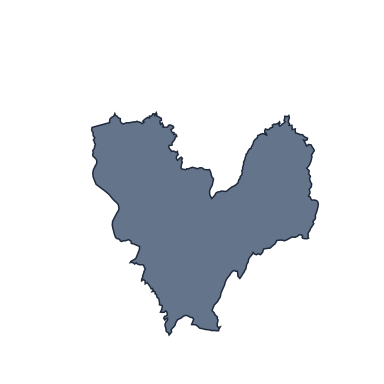 the district of Cruz Alta, Rio Grande do Sul, Brazil, rotated 222°
{"feature_id": "56859067B45704163828292", "entity_name": "Cruz Alta", "entity_type": "district", "adm_level": 2, "iso_a3": "BRA", "parent_name": "Brazil", "parent_adm1": "Rio Grande do Sul", "projection": "natural_earth1", "projection_center": [-53.567, -28.718], "detail": "fine", "context": "isolated", "style": "filled", "palette": "slate", "viewbox_px": 384, "rotation_deg": 222, "n_neighbors": 0, "source": "geoboundaries", "source_scale": "gbopen_adm2", "svg_char_len": 6011}
<svg xmlns="http://www.w3.org/2000/svg" viewBox="0 0 384 384"><g transform="rotate(222 192 192)"><path d="M74.5,235.8L75.9,236.4L76.8,237.8L78.2,238.8L78.7,242.4L79.4,244.0L80.3,249.9L82.4,251.0L82.4,254.4L83.7,256.3L84.7,257.1L85.5,259.1L86.1,260.7L88.3,265.0L90.0,267.5L91.5,268.6L93.5,269.0L95.5,268.1L97.5,266.2L99.3,266.5L100.8,267.4L102.6,266.8L103.7,270.3L105.1,271.5L106.6,272.3L106.8,275.7L108.5,278.1L111.0,278.9L113.5,280.5L114.5,282.9L117.3,283.5L119.2,286.3L121.1,286.3L122.6,286.4L122.8,290.5L124.2,294.5L125.9,297.5L126.6,298.7L127.9,299.2L128.1,301.0L128.6,302.9L128.8,304.6L130.5,305.4L132.0,305.6L135.0,306.7L137.2,305.3L137.4,302.9L141.6,304.5L143.8,305.3L142.1,306.1L141.3,308.1L142.2,309.3L145.6,308.2L148.3,308.6L149.9,307.1L151.8,306.5L154.5,305.2L156.5,306.7L157.4,308.0L159.4,305.4L160.5,306.8L162.4,308.4L164.5,306.4L165.4,308.1L167.0,308.2L168.5,310.3L169.1,312.1L171.2,313.6L171.4,311.9L172.6,311.3L173.8,310.3L172.6,309.1L171.4,306.6L169.8,306.5L169.8,304.4L170.3,303.1L170.4,301.3L170.8,299.7L172.4,300.0L172.6,301.8L173.9,302.7L174.1,300.2L175.3,298.2L176.5,297.3L177.0,295.4L175.4,294.1L176.7,291.8L176.7,289.7L178.1,288.6L179.6,288.0L178.9,286.0L177.6,284.9L176.1,285.2L174.6,284.2L176.6,283.6L178.5,282.8L179.6,281.1L180.1,279.4L180.9,278.0L179.8,276.1L180.2,273.2L180.1,271.2L179.5,269.7L178.7,268.4L178.3,266.4L177.9,264.8L177.1,263.7L178.1,262.7L177.5,259.4L176.9,258.0L177.0,256.1L176.1,255.0L175.5,253.3L174.4,251.4L173.7,248.8L172.4,247.4L171.6,245.9L170.7,244.1L169.6,242.7L169.2,241.2L167.5,239.9L166.4,237.8L166.5,235.7L165.4,234.4L165.5,232.8L164.7,231.0L163.9,229.6L164.2,226.8L164.8,224.4L165.7,222.7L166.0,220.9L166.5,218.6L166.7,216.1L167.8,214.5L169.8,213.2L170.9,212.2L171.8,210.5L173.0,209.1L173.5,206.9L172.9,205.0L172.8,202.7L173.0,200.4L174.7,201.0L176.4,201.5L177.9,202.7L179.3,204.2L180.0,205.3L181.0,208.3L181.5,210.6L183.5,213.9L184.1,215.3L185.0,216.3L187.0,216.4L188.9,217.5L190.8,218.8L192.3,219.7L194.1,220.3L195.5,218.7L196.6,217.9L198.3,216.8L200.1,216.8L201.3,216.3L202.6,214.9L203.7,212.6L205.3,212.3L206.4,211.5L208.0,210.9L209.3,208.8L210.2,206.6L211.5,205.8L211.6,204.3L213.2,203.4L215.0,202.2L216.3,202.6L218.3,205.4L219.0,207.5L221.1,208.7L221.5,210.5L223.3,210.7L223.9,208.9L223.8,207.4L224.0,205.8L225.3,206.0L226.7,207.1L227.6,208.9L227.2,210.5L228.7,211.3L230.0,212.4L230.4,210.8L231.8,210.6L233.1,210.1L234.5,208.4L235.9,209.1L237.4,209.1L239.0,209.5L240.2,211.2L239.2,212.3L238.2,213.5L239.6,215.0L239.8,217.2L240.0,219.6L241.2,221.5L240.4,223.0L241.6,223.9L242.9,224.0L244.0,222.6L245.2,224.1L246.3,223.0L248.0,223.5L249.4,224.2L248.9,225.9L248.7,227.5L249.7,228.3L251.7,227.8L253.0,227.3L254.1,225.9L253.6,224.1L254.5,222.7L257.2,220.8L257.7,222.3L259.2,222.6L260.4,223.3L260.7,221.2L261.9,222.0L263.3,223.1L262.7,224.9L264.2,226.2L266.0,225.7L267.6,225.4L269.2,224.9L270.4,226.4L271.7,227.0L270.9,224.1L272.3,224.9L273.4,223.9L272.9,222.3L273.3,220.7L274.4,219.9L273.2,218.5L274.9,217.8L275.8,214.2L275.9,211.7L274.4,211.9L274.7,209.5L276.6,209.3L278.7,208.3L280.3,207.7L280.8,206.4L282.1,205.3L284.6,201.9L287.1,199.4L288.7,196.5L290.9,196.0L292.6,196.6L294.4,198.6L296.5,197.8L298.4,198.2L300.1,197.7L301.8,198.6L300.8,195.9L301.6,194.0L301.9,191.8L301.3,190.4L299.7,188.4L309.5,173.1L308.2,171.1L306.8,170.3L305.0,169.8L304.0,168.4L302.5,167.5L300.6,167.4L300.0,164.5L298.4,164.3L297.2,163.1L295.6,162.8L295.1,161.2L293.8,159.1L293.4,156.3L292.0,155.5L290.9,153.4L289.6,152.4L285.7,152.3L284.0,151.7L282.7,150.4L281.7,148.7L281.3,146.2L280.7,144.6L280.2,142.7L278.6,139.9L275.5,137.0L268.4,133.5L257.5,134.5L251.9,134.7L249.9,134.4L248.0,134.0L244.2,133.6L240.4,133.7L237.9,133.1L235.0,130.6L234.2,128.7L233.8,126.2L233.1,123.5L231.4,117.1L229.2,114.1L226.7,112.2L222.3,109.3L220.6,108.2L218.5,107.2L216.7,107.1L215.5,107.8L214.2,108.4L212.5,107.7L211.1,108.2L210.6,109.6L209.0,111.0L207.2,114.2L204.3,114.6L202.7,113.2L200.1,114.6L194.4,116.4L192.5,113.9L189.4,105.4L189.6,103.6L190.9,99.8L190.7,98.2L189.5,99.6L187.8,100.1L186.4,100.1L186.1,102.0L184.2,102.0L182.1,103.0L180.5,104.5L179.0,105.2L176.5,103.9L175.1,103.6L174.7,101.3L173.3,98.7L172.6,96.7L171.5,95.6L171.3,94.0L170.0,92.3L169.2,94.5L167.5,94.6L165.3,92.4L164.7,94.8L163.4,94.5L161.9,94.1L160.1,93.8L157.5,92.7L156.8,93.9L155.1,93.1L155.0,91.3L153.6,92.9L152.2,93.0L151.4,91.6L149.7,92.0L147.6,90.4L145.4,90.5L142.0,88.0L140.7,86.4L138.8,87.4L137.6,87.4L135.8,84.1L135.1,81.6L133.2,82.9L132.1,84.1L131.9,86.1L130.2,85.9L128.0,84.0L128.3,82.5L129.1,81.2L128.6,79.3L126.6,78.7L126.5,80.6L125.6,81.9L124.4,80.2L124.6,78.4L123.9,76.5L123.0,74.9L120.1,73.1L118.1,71.3L116.7,71.2L115.2,71.6L113.4,70.4L113.3,72.2L113.6,74.5L115.1,75.3L115.5,77.4L115.3,79.4L115.4,81.4L116.1,82.8L116.8,84.8L117.3,87.0L116.7,89.1L115.8,90.7L115.6,92.2L115.3,93.7L114.7,95.3L113.6,96.5L112.2,97.2L109.0,97.9L107.7,99.0L105.6,98.5L103.6,93.2L101.9,94.6L100.4,95.8L98.7,96.0L97.1,96.0L95.4,95.9L93.6,96.8L92.6,97.7L91.2,98.1L88.1,100.2L86.3,101.5L84.7,102.1L83.4,103.4L82.4,104.3L80.8,105.4L79.4,106.7L80.2,108.0L80.8,110.6L81.7,108.8L83.6,109.3L85.2,111.1L86.3,113.2L87.2,114.5L88.6,114.8L89.5,116.1L91.4,116.1L93.4,116.4L94.9,117.1L97.6,117.2L98.5,119.1L99.8,122.8L99.7,127.9L100.2,129.7L100.5,131.6L100.9,133.1L101.7,134.5L102.6,135.8L103.1,137.2L104.3,140.5L105.0,142.9L105.8,145.1L106.9,147.0L107.7,149.4L108.1,151.2L108.4,156.2L108.9,157.9L108.8,159.8L108.3,161.9L106.5,162.3L105.2,163.5L102.7,161.3L101.5,160.1L98.6,159.8L99.0,162.9L99.6,165.9L99.7,167.7L100.4,169.1L100.4,170.6L103.0,175.0L103.3,177.2L105.1,180.4L105.4,182.5L105.5,185.5L106.1,187.9L104.4,187.6L102.2,188.4L101.6,190.3L99.2,191.2L99.1,192.8L99.3,194.7L100.0,196.0L100.6,197.6L98.0,200.9L96.4,202.6L96.2,205.1L95.9,207.4L95.6,209.2L96.0,210.8L96.5,212.7L95.3,214.2L93.9,215.6L92.5,216.8L91.2,217.2L90.3,218.2L89.5,220.0L87.5,225.6L86.1,226.4L85.0,227.5L84.1,229.3L83.7,231.9L81.9,233.4L80.4,233.2L79.6,231.8L78.3,231.9L76.5,233.1L75.2,234.3L74.5,235.8Z" fill="#64748b" stroke="#1e293b" stroke-width="1.5"/></g></svg>